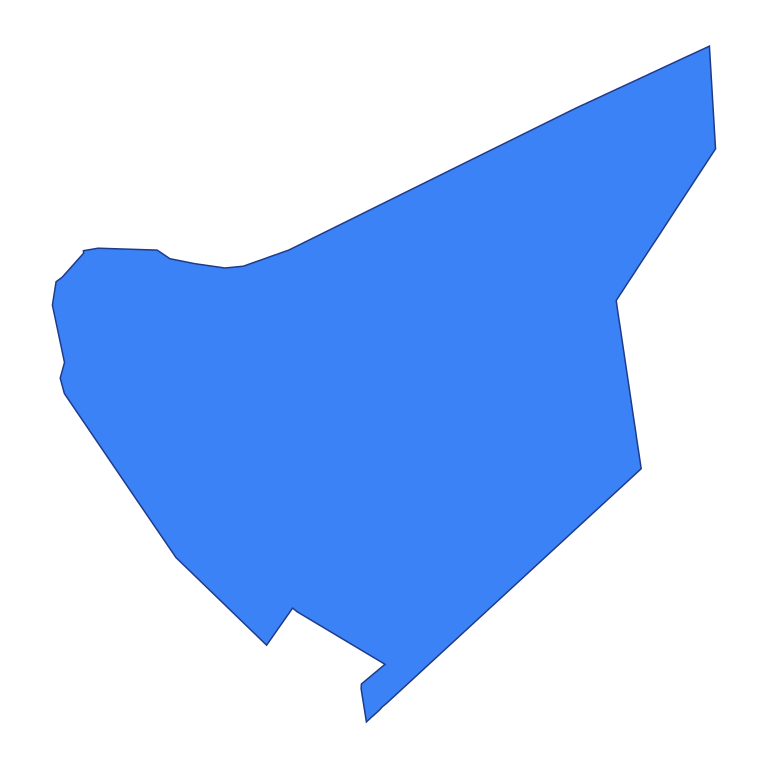 San Juan de los Cués, Oaxaca, Mexico
{"feature_id": "50627088B95706371455235", "entity_name": "San Juan de los Cués", "entity_type": "district", "adm_level": 2, "iso_a3": "MEX", "parent_name": "Mexico", "parent_adm1": "Oaxaca", "projection": "robinson", "projection_center": [-97.027, 18.044], "detail": "fine", "context": "isolated", "style": "filled", "palette": "blue", "viewbox_px": 768, "rotation_deg": 0, "n_neighbors": 0, "source": "geoboundaries", "source_scale": "gbopen_adm2", "svg_char_len": 1168}
<svg xmlns="http://www.w3.org/2000/svg" viewBox="0 0 768 768"><path d="M641.2,468.7L636.4,436.7L635.4,429.5L633.8,419.2L631.9,406.3L629.4,389.3L627.6,377.3L626.4,369.1L625.5,363.2L622.7,344.3L620.9,332.2L620.1,326.7L619.3,321.7L617.8,311.7L616.8,304.6L616.2,300.6L620.2,294.4L622.8,290.5L626.9,284.1L631.0,277.9L634.6,272.5L638.5,266.4L651.4,246.7L657.2,238.0L679.1,204.4L685.9,194.0L688.8,189.6L714.8,149.9L715.6,148.7L715.5,148.2L709.4,46.1L708.4,46.6L688.3,55.9L685.7,57.1L651.7,72.9L641.9,77.5L634.6,80.9L619.0,88.1L610.4,92.1L606.7,93.8L597.9,97.9L589.1,102.0L578.5,106.9L572.6,109.7L499.6,145.8L472.6,159.1L288.7,250.1L281.0,252.8L277.6,254.1L272.8,255.7L266.7,257.9L266.2,258.1L264.6,258.7L257.1,261.3L255.1,262.0L246.4,265.1L246.2,265.2L243.3,266.2L225.0,268.0L195.0,263.7L169.9,258.7L157.2,250.1L98.2,248.2L83.4,250.7L83.6,253.2L62.1,277.3L56.1,281.7L52.4,305.1L64.5,362.5L60.2,378.1L64.4,393.6L137.0,500.4L176.0,557.6L266.6,645.2L275.7,632.2L292.6,608.1L297.3,611.9L385.0,664.3L361.4,684.0L361.1,688.6L366.4,721.9L372.2,716.5L372.9,716.0L373.8,715.2L379.8,709.7L382.0,707.1L387.0,702.9L641.2,468.7Z" fill="#3b82f6" stroke="#1e3a8a" stroke-width="1.5"/></svg>